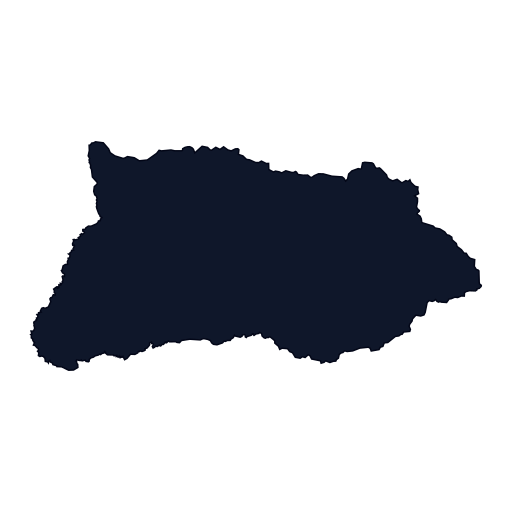 Wiang Pa Pao, Chiang Rai, Thailand (Mercator projection), rotated 270°
{"feature_id": "78962969B36758186979365", "entity_name": "Wiang Pa Pao", "entity_type": "district", "adm_level": 2, "iso_a3": "THA", "parent_name": "Thailand", "parent_adm1": "Chiang Rai", "projection": "mercator", "projection_center": [99.403, 19.272], "detail": "fine", "context": "isolated", "style": "filled", "palette": "ink", "viewbox_px": 512, "rotation_deg": 270, "n_neighbors": 0, "source": "geoboundaries", "source_scale": "gbopen_adm2", "svg_char_len": 5993}
<svg xmlns="http://www.w3.org/2000/svg" viewBox="0 0 512 512"><g transform="rotate(270 256 256)"><path d="M225.5,481.1L226.7,481.3L228.1,479.5L230.0,479.2L241.1,478.9L241.9,478.2L242.5,476.3L245.6,474.3L252.4,474.7L253.7,470.2L255.5,468.2L258.7,466.2L258.8,464.1L262.3,461.4L265.5,457.1L268.5,456.3L272.2,452.1L274.8,451.8L276.7,449.1L277.2,446.9L280.1,444.7L283.1,439.8L284.0,435.1L285.9,433.2L289.4,421.8L293.2,421.3L295.8,420.1L297.9,417.0L299.1,417.4L300.6,419.2L301.5,419.4L303.3,417.4L305.1,416.5L310.2,417.5L313.8,417.5L316.2,414.6L318.3,418.6L322.3,417.7L325.0,418.0L325.6,415.3L326.4,414.2L329.6,410.9L332.2,409.9L330.6,408.2L331.4,405.8L329.4,402.5L329.5,401.3L332.7,397.1L331.1,392.7L332.8,389.1L334.5,387.3L337.1,386.5L343.3,380.5L344.1,379.4L343.7,377.1L344.1,375.6L348.2,373.4L349.1,372.0L349.7,364.8L349.2,362.6L343.4,361.4L342.9,360.5L343.4,358.2L341.1,351.9L338.0,348.7L333.0,347.6L330.9,345.7L333.7,343.9L335.1,342.1L335.8,331.9L338.1,323.3L338.2,318.5L336.3,314.2L334.7,312.1L334.6,310.6L336.9,307.7L336.8,303.2L337.5,298.0L340.0,296.4L340.5,295.4L339.6,293.9L339.5,291.9L341.2,285.8L339.1,281.7L340.2,279.1L340.9,275.5L340.0,273.4L342.5,268.8L348.6,268.6L348.5,266.2L350.9,261.4L349.4,258.8L349.5,255.5L352.2,249.5L352.6,246.5L356.1,242.9L357.6,238.4L362.3,238.9L363.3,237.8L363.1,235.3L361.1,231.2L362.1,227.8L365.2,223.6L362.6,220.0L364.7,215.8L361.7,211.4L362.0,210.2L364.6,207.6L365.7,202.1L359.1,194.8L362.9,193.3L364.3,191.9L365.3,189.7L365.2,187.5L364.6,185.0L363.3,182.7L361.5,182.4L361.2,181.7L361.2,174.7L362.0,171.0L361.1,161.4L361.7,159.1L358.6,156.6L352.0,147.3L351.2,139.3L354.2,134.4L354.5,133.0L355.4,127.4L354.0,124.8L353.6,123.1L356.1,114.9L359.3,110.2L363.1,108.6L369.2,103.3L370.2,95.5L369.1,93.4L369.0,91.8L367.0,90.3L366.8,89.1L361.4,89.3L356.1,88.2L353.6,89.7L352.0,89.0L351.0,89.5L349.4,89.2L348.9,89.9L346.4,90.7L344.6,90.4L342.5,91.5L335.0,92.4L329.5,97.3L327.9,97.1L325.4,94.3L320.7,93.7L317.2,94.7L315.9,96.4L313.2,97.1L312.0,96.4L310.9,97.1L308.4,96.4L307.0,97.0L305.4,96.4L303.6,96.8L298.4,98.7L296.2,100.2L295.5,100.1L294.4,101.9L292.8,100.4L291.3,100.3L291.0,98.4L289.7,98.1L288.2,96.6L285.8,91.1L285.9,88.4L284.1,85.8L282.8,85.5L282.5,82.8L280.9,82.8L280.2,84.2L279.1,84.5L277.5,82.5L278.4,81.8L277.3,80.1L275.7,80.6L274.4,78.3L273.6,79.0L273.0,78.6L272.1,75.3L272.6,74.3L272.4,73.2L271.0,73.7L268.2,72.5L266.8,72.7L266.5,73.1L266.9,74.2L266.3,74.6L263.1,73.0L261.9,73.6L261.6,71.6L260.2,71.4L259.2,70.0L258.3,69.8L258.0,68.6L256.9,70.0L255.0,69.8L253.9,69.0L253.7,68.1L252.9,68.5L250.5,67.4L247.7,67.6L247.5,65.3L246.1,63.1L241.9,62.1L241.5,61.4L239.1,62.6L238.0,64.5L235.5,64.5L236.1,62.9L235.5,62.2L231.8,63.1L230.3,62.2L229.5,62.7L228.4,61.5L228.7,60.3L228.0,60.4L227.7,61.2L226.8,60.7L227.2,58.9L224.2,58.9L223.5,57.4L224.7,57.0L225.2,57.7L225.2,56.7L222.9,53.6L221.3,54.4L219.7,54.2L218.3,55.3L217.0,55.1L217.3,53.3L214.4,51.9L214.3,50.7L213.1,49.9L210.3,50.8L205.0,48.3L203.7,45.1L204.3,43.3L203.7,41.7L201.0,40.4L199.9,41.2L199.3,38.6L198.0,38.9L197.5,36.9L195.8,38.0L194.3,37.5L194.0,36.5L192.6,36.8L192.1,36.0L191.5,36.4L190.3,34.1L189.0,33.7L188.1,34.3L186.8,33.9L183.8,34.7L180.9,33.5L180.9,31.0L178.1,31.9L177.5,30.7L176.8,31.4L174.1,31.3L173.3,32.6L172.2,32.6L170.1,33.7L169.6,34.6L166.9,33.4L166.4,35.2L164.3,36.9L163.5,38.3L161.6,38.5L160.8,37.5L159.4,38.8L156.4,38.4L155.5,39.9L156.0,41.2L155.6,43.3L153.6,45.0L150.6,45.3L150.1,47.7L149.1,48.4L150.9,48.7L151.5,49.8L150.1,50.2L148.8,52.6L147.4,52.9L146.3,56.6L145.4,56.9L145.2,61.6L141.8,68.6L142.0,73.6L144.6,77.9L147.7,77.7L148.6,76.7L150.2,76.7L150.8,76.0L152.1,76.6L151.4,80.3L152.1,81.3L151.1,82.0L151.9,85.1L150.6,86.0L150.2,88.4L150.7,89.1L152.6,89.3L154.2,91.1L154.8,93.3L156.2,95.3L156.9,98.2L157.8,99.5L157.4,100.6L158.5,101.9L159.0,104.0L160.6,104.8L159.8,105.6L159.1,105.3L157.2,107.4L157.0,113.5L156.2,114.0L156.6,116.5L155.5,116.3L155.7,117.4L155.0,117.9L155.3,118.7L154.8,118.6L155.6,119.1L154.9,119.2L155.4,120.5L154.4,120.4L155.1,121.9L154.8,121.7L154.8,123.4L152.3,124.6L153.6,127.0L157.8,130.5L157.6,134.9L159.1,137.7L160.6,138.5L160.4,139.5L161.1,140.1L160.5,142.0L161.2,144.0L162.0,145.2L163.3,144.9L164.0,147.1L166.4,149.1L167.4,149.7L169.1,149.6L169.9,151.5L168.5,151.7L168.6,152.5L167.5,153.4L165.4,152.3L164.0,153.1L164.7,153.8L164.6,154.6L165.9,155.1L165.5,157.3L166.9,159.4L166.0,160.2L166.2,160.9L167.5,161.9L167.6,163.5L170.1,165.3L170.1,165.8L169.2,165.9L169.2,166.6L171.0,168.3L170.2,169.5L170.3,175.7L169.6,176.9L169.3,179.5L171.5,181.5L172.8,189.8L172.1,200.3L173.3,202.9L173.3,204.3L172.6,207.8L171.4,210.4L169.1,211.7L167.7,213.4L167.2,217.0L169.1,222.5L170.9,224.1L170.6,225.5L171.5,227.1L171.6,230.3L172.8,230.9L174.3,233.2L176.7,234.5L176.0,235.1L174.8,240.2L175.7,242.0L177.0,242.3L177.4,244.7L176.5,245.3L175.1,245.3L174.5,246.3L175.5,247.1L176.7,251.2L178.3,252.5L178.2,253.4L177.3,253.3L176.6,254.0L178.0,255.9L178.6,258.9L179.6,259.6L178.5,261.6L176.0,262.1L174.1,264.2L173.8,265.6L174.5,266.5L174.5,268.6L175.4,269.8L172.3,273.6L171.1,274.8L168.9,274.8L165.7,278.5L162.6,279.7L163.8,282.1L163.3,287.6L160.4,289.7L159.3,292.5L154.7,295.3L153.8,300.2L155.3,302.4L154.5,305.1L157.3,308.3L156.1,310.1L153.0,311.6L151.2,320.5L148.8,321.1L149.7,324.1L151.2,325.6L149.5,329.9L150.7,333.3L150.9,335.8L152.4,336.4L153.8,338.4L157.6,339.2L159.3,341.6L159.4,342.8L161.2,344.6L160.5,347.1L161.1,352.7L163.9,359.8L164.8,368.4L163.7,370.2L161.0,371.2L162.4,379.0L164.8,380.3L165.6,382.9L169.1,384.2L169.5,387.8L175.6,395.4L176.1,398.9L177.6,400.8L177.7,402.1L180.0,403.7L180.6,409.8L182.6,410.4L185.8,409.1L187.8,409.7L190.8,412.0L193.1,412.5L196.8,415.9L196.0,420.7L197.1,424.0L199.7,425.2L209.4,427.1L211.4,429.0L210.6,432.2L211.2,434.0L212.5,435.6L210.6,437.0L209.9,438.6L210.5,440.0L209.9,441.1L209.5,446.6L213.1,449.2L213.2,450.9L214.8,454.8L214.5,457.7L216.0,461.3L215.9,464.3L219.3,464.5L220.4,466.0L221.3,469.4L221.1,475.4L222.1,476.9L223.1,477.0L223.7,479.3L225.5,481.1Z" fill="#0f172a" stroke="#020617" stroke-width="1.5"/></g></svg>